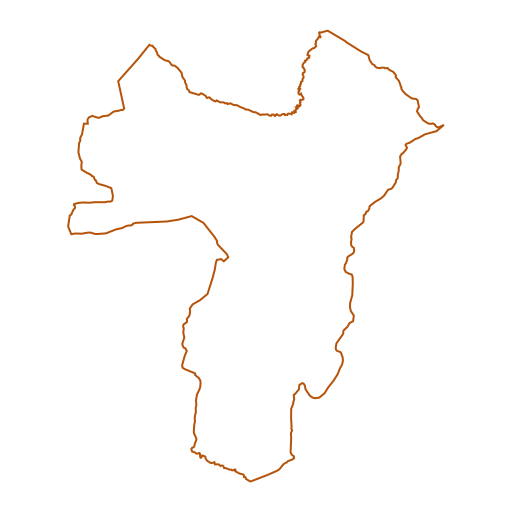 the district of General Güemes, Salta, Argentina
{"feature_id": "61730980B57744536697119", "entity_name": "General Güemes", "entity_type": "district", "adm_level": 2, "iso_a3": "ARG", "parent_name": "Argentina", "parent_adm1": "Salta", "projection": "robinson", "projection_center": [-64.976, -24.808], "detail": "fine", "context": "isolated", "style": "outline", "palette": "amber", "viewbox_px": 512, "rotation_deg": 0, "n_neighbors": 0, "source": "geoboundaries", "source_scale": "gbopen_adm2", "svg_char_len": 5953}
<svg xmlns="http://www.w3.org/2000/svg" viewBox="0 0 512 512"><path d="M149.4,44.8L137.6,59.4L118.2,81.2L124.2,108.7L122.4,110.1L120.6,110.0L119.2,110.6L113.6,111.6L108.4,115.5L102.3,116.3L100.0,117.5L98.1,117.8L92.2,115.9L89.1,117.3L87.7,119.1L87.5,120.7L87.8,123.7L83.9,123.7L82.0,134.5L80.4,137.4L80.1,139.0L80.4,140.4L79.1,143.1L78.4,152.2L79.9,158.3L81.8,161.9L81.3,165.7L81.6,169.6L87.5,173.2L89.1,173.6L89.4,174.2L91.3,175.0L91.8,176.0L93.6,176.7L95.0,180.0L95.9,180.4L96.8,182.9L99.1,184.1L105.0,185.7L111.3,188.1L112.9,195.8L112.4,200.0L111.7,201.1L109.8,201.7L108.6,201.5L104.8,202.2L94.5,202.2L90.2,202.7L82.1,202.5L78.0,203.0L74.0,204.1L74.1,205.2L74.9,206.1L75.0,207.9L73.2,210.2L71.2,214.6L69.8,215.5L68.1,226.4L71.3,234.2L75.1,233.5L81.8,233.7L88.0,232.6L90.5,232.6L94.9,233.9L97.1,234.0L104.5,233.5L106.4,233.2L116.0,229.4L122.4,228.0L124.6,226.7L127.8,225.6L130.9,225.4L132.4,224.8L133.1,223.6L136.3,222.8L166.8,221.5L178.2,219.7L191.7,216.1L203.5,222.9L214.8,237.3L216.9,240.8L217.1,243.0L217.9,244.8L227.0,254.3L228.2,257.3L223.8,261.3L221.1,259.1L216.9,259.9L215.9,262.6L214.7,270.0L212.8,277.3L207.5,294.0L200.1,300.1L192.6,304.4L189.7,308.8L190.1,310.4L189.8,314.4L189.1,316.1L186.8,318.9L187.1,320.8L186.8,322.2L183.7,324.3L183.1,326.2L183.7,328.3L183.3,332.8L184.3,337.5L182.3,343.8L182.7,345.8L183.8,347.7L185.2,348.2L186.8,350.9L184.5,356.5L182.1,365.4L182.6,367.7L184.5,369.0L195.1,373.4L195.2,375.1L198.8,378.0L200.1,380.1L200.6,382.3L200.2,387.0L199.5,389.3L197.0,394.5L195.9,400.8L196.2,402.1L196.3,405.3L195.7,408.0L195.9,412.7L195.2,414.3L194.7,418.4L195.0,421.5L194.3,424.5L193.8,431.5L194.0,433.3L196.4,438.6L196.1,440.6L194.8,443.7L194.4,445.9L193.7,447.2L192.2,447.7L191.3,449.2L192.1,451.6L194.1,452.0L196.6,453.6L197.7,453.7L199.0,452.9L199.5,453.1L199.9,453.6L200.2,457.1L200.6,457.7L201.3,457.5L202.3,455.4L205.3,456.6L205.7,458.7L207.0,460.6L210.5,462.9L212.2,463.0L214.4,462.2L214.9,464.3L218.8,464.4L220.4,466.0L221.5,465.5L222.9,465.7L223.5,466.4L224.1,468.1L225.9,468.1L229.5,469.6L231.4,469.7L232.2,470.4L234.0,470.1L235.0,469.4L235.5,470.0L235.4,471.3L239.4,473.5L243.3,474.5L243.9,475.5L244.0,476.9L245.3,477.1L246.1,479.0L249.9,481.3L251.1,481.3L267.4,475.0L277.0,470.8L279.6,469.1L283.0,464.7L284.8,463.3L286.6,462.5L288.0,461.1L291.7,459.8L294.1,458.2L293.9,456.3L292.1,455.1L290.8,453.1L290.6,451.8L291.2,438.0L290.9,433.2L292.1,430.3L291.3,428.6L291.6,426.7L291.1,418.2L291.2,408.8L293.3,403.6L293.2,402.6L294.2,399.4L293.7,394.9L295.0,394.1L298.9,389.3L299.4,384.9L302.3,383.1L303.6,383.6L304.9,385.6L305.5,389.2L309.8,395.7L312.5,397.5L314.7,398.2L319.3,397.6L324.6,393.2L328.2,387.4L333.4,380.9L337.6,374.3L340.1,368.0L342.1,364.5L342.9,360.9L342.7,357.6L340.8,352.3L336.8,350.7L336.1,349.8L335.7,348.0L336.4,343.4L343.2,333.8L343.4,330.7L347.4,326.8L349.6,323.0L353.1,321.2L353.8,315.5L350.8,311.0L350.0,307.1L350.1,303.2L352.3,295.1L352.8,283.2L352.6,276.9L351.8,274.6L348.6,273.5L345.6,271.8L344.3,268.9L344.9,264.7L345.8,263.4L347.3,259.6L347.2,257.9L347.9,256.7L353.1,253.4L354.0,251.7L354.2,250.0L353.8,247.9L351.9,246.4L351.3,245.4L351.0,242.1L351.6,239.0L351.1,237.2L352.0,231.9L354.8,229.1L363.1,222.4L363.6,220.8L363.8,215.3L365.6,213.9L366.1,212.0L368.2,210.8L369.3,208.4L369.6,206.2L374.7,202.1L380.6,198.6L384.0,195.8L388.0,189.8L391.4,188.7L392.4,187.8L395.7,182.6L396.1,180.1L397.6,178.3L397.9,176.6L397.7,175.5L398.7,170.7L398.8,167.2L400.5,164.0L400.6,162.3L400.1,156.5L401.8,153.8L403.0,153.2L406.6,148.8L406.9,147.8L406.6,146.8L405.7,145.5L405.7,144.7L406.3,143.9L410.1,142.5L415.5,138.9L418.0,138.2L425.0,134.3L436.6,131.1L443.9,124.9L439.1,127.2L437.4,127.3L435.7,126.1L434.9,124.5L432.8,123.4L430.8,123.9L428.2,123.5L423.7,120.6L422.5,119.4L421.8,117.9L420.5,116.8L417.0,111.4L417.8,108.8L419.0,107.2L417.6,100.3L416.1,99.0L411.7,98.4L405.9,94.3L403.3,91.7L401.4,88.9L401.4,87.3L400.6,86.2L400.4,84.7L398.8,80.7L395.6,77.1L396.1,75.6L393.4,72.0L388.7,69.5L387.6,68.0L385.0,68.3L384.1,67.7L381.5,67.7L379.9,68.2L376.9,67.7L375.4,66.7L374.6,65.3L372.1,63.9L369.7,60.2L368.3,55.1L361.1,51.5L346.5,42.3L344.9,40.9L327.7,30.7L320.9,32.5L319.4,32.3L319.1,32.8L319.6,34.1L319.5,35.5L320.6,36.7L320.3,37.3L318.8,37.0L317.3,39.5L316.2,40.5L315.8,41.5L316.0,43.0L315.4,43.8L316.2,46.2L314.1,48.2L312.7,48.3L308.6,51.5L307.6,54.1L307.6,55.2L308.9,55.4L309.5,55.9L309.1,56.7L309.3,57.3L308.7,58.2L307.6,58.2L306.8,59.8L305.0,60.7L305.4,61.7L303.6,63.1L302.6,64.9L302.7,67.3L303.5,67.6L304.2,69.3L304.8,70.0L304.5,72.2L302.9,73.1L302.6,74.5L303.4,75.8L303.6,77.5L302.6,78.9L302.4,81.2L301.3,81.7L300.9,82.3L301.0,83.9L300.2,84.5L300.1,86.4L299.1,86.9L299.1,87.7L300.2,88.9L299.8,89.3L298.4,89.1L298.4,89.7L299.1,90.4L299.3,91.2L298.4,92.0L298.6,93.8L299.7,94.6L301.0,93.6L301.8,95.5L303.4,97.8L303.4,99.3L301.9,99.9L300.3,99.8L299.8,100.8L300.6,102.3L299.9,103.3L300.6,105.1L299.4,106.3L298.2,105.3L297.2,105.3L296.9,105.8L297.9,107.5L297.8,108.0L296.1,107.6L296.8,109.0L295.5,109.9L295.8,112.1L295.0,112.4L295.0,111.3L294.2,111.1L293.8,112.9L292.1,112.3L291.6,114.3L290.2,113.7L288.1,113.7L287.3,115.0L286.1,114.6L284.8,115.0L284.3,114.0L282.6,114.1L280.2,115.6L278.7,115.5L276.8,114.2L275.9,114.7L275.7,115.5L275.0,116.1L273.4,114.5L271.9,114.6L271.1,115.8L268.9,115.4L267.6,114.4L266.8,114.3L263.8,114.7L262.8,114.4L260.3,115.0L258.1,113.4L257.3,113.4L255.7,112.3L253.4,112.1L248.5,109.8L245.4,109.4L244.7,108.7L239.8,106.8L237.0,105.2L233.6,105.0L230.4,103.3L227.6,104.1L226.9,103.1L225.2,103.4L223.8,102.4L220.1,102.3L216.6,100.4L215.7,101.4L214.0,100.9L211.5,99.4L209.3,97.3L206.9,98.0L205.6,95.8L201.7,93.4L200.8,93.4L199.4,94.7L198.5,94.8L189.5,92.1L188.8,90.3L187.3,89.1L186.5,87.0L186.6,85.4L185.2,82.7L184.9,80.4L182.5,77.2L181.6,72.8L177.4,67.7L174.5,65.6L172.6,65.5L171.5,64.8L169.4,61.9L168.4,61.1L164.7,60.2L159.2,56.6L158.9,55.8L157.6,54.9L157.1,52.5L155.7,50.4L155.5,49.0L153.3,47.0L152.5,45.7L150.8,45.6L149.4,44.8Z" fill="none" stroke="#b45309" stroke-width="2"/></svg>